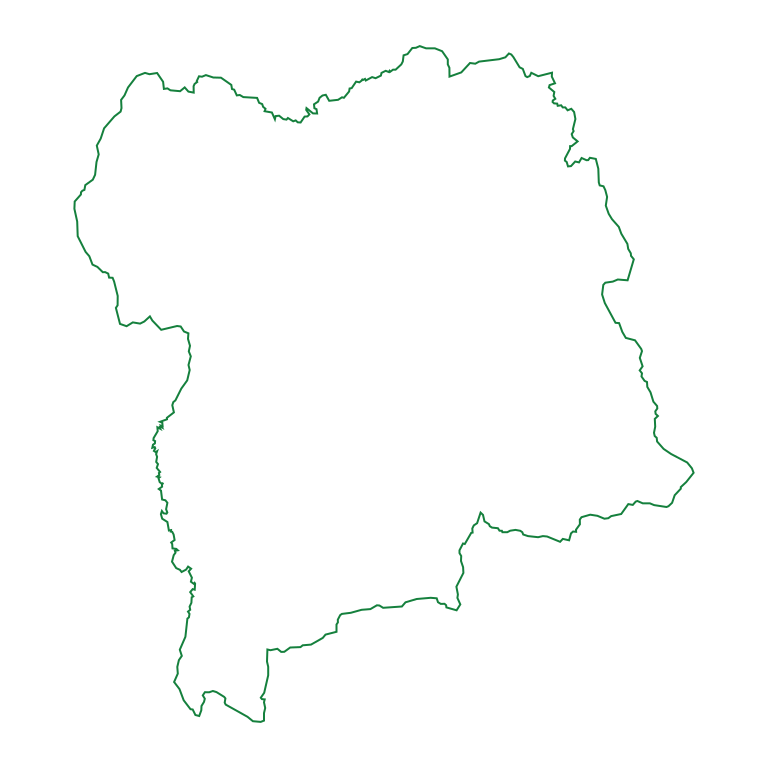 the district of Loilen, Shan, Myanmar
{"feature_id": "60261553B60770274813160", "entity_name": "Loilen", "entity_type": "district", "adm_level": 2, "iso_a3": "MMR", "parent_name": "Myanmar", "parent_adm1": "Shan", "projection": "mercator", "projection_center": [97.755, 21.29], "detail": "fine", "context": "isolated", "style": "outline", "palette": "green", "viewbox_px": 768, "rotation_deg": 0, "n_neighbors": 0, "source": "geoboundaries", "source_scale": "gbopen_adm2", "svg_char_len": 6014}
<svg xmlns="http://www.w3.org/2000/svg" viewBox="0 0 768 768"><path d="M576.1,531.8L576.0,529.7L579.9,524.3L579.8,519.6L581.5,517.2L590.2,514.7L597.4,515.8L604.4,518.7L608.3,518.2L611.2,516.1L621.2,514.0L628.3,504.1L632.8,504.9L635.7,501.6L637.4,501.0L642.7,503.3L649.8,503.3L654.1,505.1L666.5,507.0L668.5,506.2L672.1,502.8L674.7,495.2L680.8,488.7L680.8,487.1L686.2,482.1L693.6,472.8L691.9,468.3L687.2,462.5L671.1,454.0L663.6,448.9L657.1,441.5L656.7,437.8L654.7,436.0L654.0,432.8L655.2,426.7L654.8,418.9L657.9,416.0L655.6,413.8L655.3,411.3L657.3,408.5L657.1,406.0L653.4,401.7L650.5,392.3L647.3,386.9L647.0,382.0L644.6,380.9L641.5,376.5L642.0,373.3L639.7,370.4L642.6,366.3L639.8,357.9L642.0,351.1L641.2,348.9L635.0,340.3L625.8,337.9L622.3,331.9L619.1,323.1L615.5,322.8L604.8,303.0L602.1,294.5L603.3,284.9L605.3,282.7L612.8,281.6L617.8,279.5L627.6,280.3L633.8,259.3L631.0,255.8L630.8,253.3L628.2,248.9L627.4,243.9L621.3,233.7L618.8,226.9L612.0,219.2L608.7,213.8L605.8,205.6L607.1,196.9L605.3,190.1L603.5,186.3L599.7,185.4L598.8,182.4L598.3,168.7L595.8,158.9L589.9,157.8L588.2,160.1L586.5,160.2L581.6,158.0L579.0,162.4L575.2,161.5L571.0,166.1L568.0,166.4L566.7,162.0L564.9,160.6L565.0,158.4L570.0,148.9L570.1,146.1L571.7,146.1L577.6,141.4L572.8,137.4L571.7,134.1L573.6,131.1L572.9,129.2L575.4,119.0L574.1,112.0L571.3,108.8L567.6,110.3L565.3,107.4L562.7,107.4L561.2,105.3L557.7,105.8L557.2,103.6L554.1,103.4L552.6,102.0L552.8,100.5L555.3,98.8L553.6,95.9L554.3,92.0L548.9,87.5L549.6,85.1L555.0,83.3L551.8,76.6L552.0,72.7L538.2,76.2L531.3,72.8L529.8,76.0L527.2,77.1L525.5,76.1L522.8,68.9L519.6,67.3L513.4,57.1L511.3,54.5L508.9,53.5L505.4,57.3L499.2,59.2L479.1,61.6L475.3,63.7L470.0,63.0L461.3,72.4L449.5,76.6L449.4,67.8L447.8,64.4L447.8,59.4L442.1,51.2L434.8,48.3L426.0,48.3L419.7,46.1L415.9,47.8L412.3,48.0L407.5,54.1L403.6,55.3L402.8,61.5L401.3,64.4L395.6,69.7L393.0,69.7L390.0,71.9L389.5,70.9L388.7,72.0L385.7,70.8L381.5,72.9L380.9,75.6L375.6,78.2L372.1,77.1L365.8,80.5L365.0,78.9L363.2,79.9L361.6,79.1L362.4,80.0L359.4,82.3L356.1,81.6L351.7,88.1L349.6,88.5L349.1,91.5L343.9,97.8L342.0,97.3L338.1,99.8L329.2,100.8L325.8,94.8L322.5,95.5L319.6,97.8L318.1,101.6L314.0,104.3L314.4,108.2L316.5,109.2L317.1,113.5L313.0,113.4L306.5,108.1L306.2,109.9L309.4,114.4L307.5,116.4L304.6,116.6L300.6,122.5L297.7,122.3L295.7,120.4L293.2,121.3L287.9,118.0L286.5,119.6L283.3,119.1L279.1,115.7L275.6,116.1L274.9,119.3L271.9,112.5L264.6,111.2L265.5,108.8L263.1,106.8L262.2,104.1L259.1,102.8L257.1,97.9L243.3,97.1L239.8,95.0L236.8,95.4L234.2,89.7L232.0,89.0L231.3,84.9L221.0,77.7L213.3,77.5L205.9,75.1L202.0,76.7L199.0,76.3L196.7,81.2L197.2,82.0L194.6,83.9L193.6,86.2L193.7,92.6L188.4,91.6L184.7,87.4L180.1,91.2L170.4,90.3L167.5,88.4L163.9,88.9L163.1,81.8L157.1,73.0L149.5,74.2L145.0,72.9L136.7,76.1L128.0,87.5L124.5,95.4L121.1,99.9L121.5,108.1L120.6,111.6L114.4,116.4L104.1,128.3L100.7,138.6L96.8,145.6L98.7,154.4L96.5,162.0L95.1,174.8L92.8,179.7L85.3,185.1L84.4,189.9L82.4,190.7L81.0,192.3L80.9,194.5L74.7,201.5L74.4,208.8L77.2,221.6L77.7,236.2L85.6,251.9L89.3,256.2L92.5,264.6L97.4,266.9L102.8,272.2L105.1,272.1L108.2,273.6L109.1,277.6L112.6,277.8L114.1,281.5L117.7,295.9L117.6,305.3L115.9,307.9L120.0,323.9L126.6,326.2L132.8,322.4L140.1,323.6L144.3,321.5L149.9,316.4L152.3,320.5L161.2,329.8L177.1,326.0L180.7,326.5L184.0,331.5L188.4,333.3L188.0,338.9L190.0,345.8L188.8,351.4L190.8,356.3L188.5,365.0L189.7,370.0L187.2,380.4L181.3,388.6L175.4,400.4L173.3,402.1L172.3,405.2L173.9,412.4L166.9,417.8L167.0,419.3L160.1,421.8L162.3,422.7L162.6,426.2L161.0,425.7L162.0,427.5L160.1,426.5L159.3,427.3L160.1,428.7L157.4,427.3L157.7,431.2L153.6,438.1L153.4,440.2L155.1,441.1L154.9,443.4L153.0,444.7L152.3,447.8L154.7,447.1L155.3,448.3L153.9,450.9L155.7,452.1L157.1,451.2L156.1,454.1L157.1,456.8L156.2,461.9L158.0,464.1L156.7,467.9L160.1,472.0L158.9,473.0L159.3,475.0L157.1,476.6L159.6,477.3L158.5,478.2L159.7,482.1L161.9,483.8L163.3,482.9L161.9,484.7L162.1,486.7L158.8,489.0L161.0,490.6L162.1,499.5L165.4,500.3L167.4,502.8L166.1,509.2L167.3,512.5L166.5,513.7L163.5,513.3L161.9,511.0L160.9,514.1L162.2,518.7L167.4,522.0L168.9,530.5L171.0,530.1L170.8,531.6L172.2,531.8L173.6,534.5L174.6,540.0L171.2,542.5L172.2,544.0L172.5,548.4L176.3,548.9L177.8,550.3L174.9,550.8L175.5,552.7L173.7,555.2L172.0,561.7L176.2,568.1L179.9,569.8L181.6,572.0L186.1,569.6L188.1,566.6L191.1,568.7L188.7,571.3L191.9,577.7L190.9,581.7L193.9,583.9L194.6,582.9L195.1,583.6L194.7,589.7L192.7,589.1L190.2,592.1L193.3,596.4L191.7,597.3L191.4,602.8L189.6,606.6L190.2,609.8L188.0,611.6L189.5,613.9L188.9,617.4L187.4,618.6L185.4,636.8L179.8,649.7L181.8,655.9L178.9,660.1L177.3,666.9L177.8,673.6L174.1,682.0L179.5,689.1L183.7,700.3L190.5,709.2L192.7,709.5L195.4,715.0L199.2,716.0L201.3,710.3L201.5,706.0L204.0,701.9L204.8,698.7L202.8,695.4L204.9,692.2L209.1,692.3L212.8,691.0L216.5,692.1L224.2,696.9L225.4,698.4L224.7,702.6L225.7,704.6L247.5,716.8L252.9,721.2L260.7,721.9L264.0,720.6L264.0,713.1L265.2,708.0L264.0,702.3L264.7,699.4L261.9,699.1L260.8,697.7L264.2,692.8L268.2,675.3L268.2,666.8L267.0,661.6L267.4,649.5L270.5,650.2L277.4,648.8L281.2,651.9L284.3,651.8L290.2,647.5L300.5,647.1L302.7,645.3L311.0,644.6L322.8,637.9L325.5,634.6L336.5,631.8L336.5,624.5L337.9,622.4L337.8,619.7L340.2,615.1L341.9,613.9L350.8,612.8L361.6,609.8L370.4,609.1L376.9,605.3L379.4,605.5L383.1,607.8L401.9,606.5L405.5,602.3L416.7,599.0L430.7,597.8L436.7,598.3L438.0,602.2L440.8,603.9L444.5,603.8L446.1,605.2L446.4,607.4L456.6,610.3L460.3,604.4L457.4,597.9L457.9,594.5L456.4,586.7L463.4,572.9L463.1,567.2L461.0,561.0L461.2,556.0L459.5,553.1L459.5,550.3L463.0,543.5L464.8,544.0L471.2,532.9L472.6,532.6L472.3,528.5L473.8,525.4L477.1,523.2L480.6,512.6L483.0,514.9L484.5,521.4L488.9,524.1L489.8,526.2L492.0,527.6L497.9,528.2L499.5,530.7L501.9,530.8L502.4,532.2L507.3,532.2L510.2,530.7L515.5,529.9L520.3,530.8L522.3,532.2L523.2,534.5L528.0,536.1L538.1,537.2L542.9,536.1L547.1,536.5L560.1,541.8L562.8,538.9L569.1,540.3L571.0,533.4L573.1,531.5L576.1,531.8Z" fill="none" stroke="#15803d" stroke-width="2"/></svg>